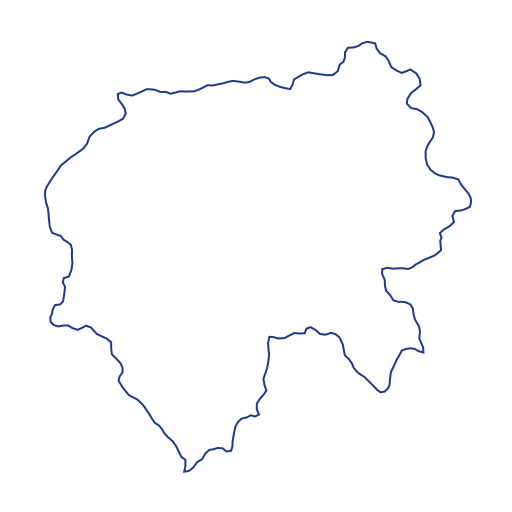 Itaobim, Minas Gerais, Brazil (Albers equal-area conic projection), rotated 92°
{"feature_id": "56859067B61081448342892", "entity_name": "Itaobim", "entity_type": "district", "adm_level": 2, "iso_a3": "BRA", "parent_name": "Brazil", "parent_adm1": "Minas Gerais", "projection": "albers", "projection_center": [-41.522, -16.578], "detail": "fine", "context": "isolated", "style": "outline", "palette": "blue", "viewbox_px": 512, "rotation_deg": 92, "n_neighbors": 0, "source": "geoboundaries", "source_scale": "gbopen_adm2", "svg_char_len": 3850}
<svg xmlns="http://www.w3.org/2000/svg" viewBox="0 0 512 512"><g transform="rotate(92 256 256)"><path d="M346.6,85.3L341.6,85.8L337.2,87.8L332.6,90.0L326.4,89.5L320.9,90.4L317.6,92.6L313.7,95.0L308.4,96.6L303.4,97.3L299.2,99.8L297.3,103.9L296.7,107.9L296.8,112.3L295.4,117.3L290.4,120.5L286.4,124.7L281.1,126.1L275.5,126.5L269.6,129.3L264.8,129.4L263.1,124.3L263.9,119.2L263.5,114.6L263.1,109.2L263.7,103.5L262.1,99.8L259.1,96.3L256.4,91.7L254.1,88.4L251.8,82.9L249.4,77.9L247.0,74.7L243.8,71.3L239.2,71.8L234.6,72.4L230.9,71.3L226.8,73.1L223.2,69.6L219.9,64.2L215.2,59.3L209.2,61.1L204.1,58.5L203.5,53.6L202.2,49.3L199.5,44.0L194.7,42.9L190.7,43.4L186.0,46.0L181.6,49.9L177.9,53.2L172.4,56.5L170.7,62.8L170.6,67.0L169.9,71.1L168.9,76.0L167.2,79.9L163.8,84.5L158.8,88.1L152.7,89.8L145.4,90.2L139.7,88.4L135.3,85.9L131.5,83.4L126.0,82.4L121.2,83.9L116.1,86.5L111.2,89.3L106.2,95.2L103.6,100.3L102.8,106.2L98.4,110.6L93.6,110.1L87.7,106.7L83.9,102.1L79.7,97.5L73.2,98.6L67.7,102.4L64.2,108.4L66.3,112.7L67.9,116.8L65.9,121.7L62.5,127.4L56.6,130.2L52.0,133.3L49.1,139.0L44.6,142.6L39.4,144.3L38.0,152.2L39.8,157.4L42.4,160.8L44.1,165.3L44.7,171.4L49.3,174.1L54.6,174.1L58.8,175.3L61.7,178.9L68.5,180.8L72.5,185.5L72.8,191.5L72.2,197.7L71.4,204.2L70.6,210.2L72.8,215.6L76.0,220.7L78.3,224.2L82.9,225.3L88.0,227.6L87.1,233.4L86.1,238.0L84.2,243.2L81.5,247.3L78.1,249.5L76.9,253.7L77.7,258.9L79.6,263.9L82.3,268.6L83.2,273.4L82.3,279.1L81.8,285.2L83.0,290.4L84.5,294.6L85.9,300.5L87.2,305.7L86.9,310.1L89.3,314.5L91.8,319.1L93.6,323.7L94.1,331.7L94.1,337.9L95.6,342.7L96.8,346.9L95.2,351.7L95.4,357.3L93.5,362.4L93.1,366.5L93.1,371.1L95.4,375.6L97.9,380.6L100.0,385.5L99.1,391.1L97.3,396.1L99.0,399.8L104.2,399.2L109.7,394.7L113.7,392.2L118.5,391.2L123.7,393.9L126.7,399.2L129.8,405.3L133.0,411.4L134.4,417.6L137.5,422.1L142.6,426.5L149.5,428.7L154.8,432.6L158.1,436.7L160.8,440.2L164.0,444.8L168.6,449.9L172.5,454.3L177.2,457.1L180.9,459.5L184.7,462.1L188.9,464.5L193.9,467.4L197.9,468.9L202.5,469.1L209.4,467.8L215.9,465.6L221.3,464.8L227.3,464.1L234.4,463.0L239.9,460.6L241.5,456.2L242.8,451.8L246.5,448.8L248.4,445.3L251.3,441.5L255.9,440.1L262.6,440.0L269.7,439.2L276.5,440.0L283.0,442.3L284.8,447.3L289.1,448.2L293.4,445.8L299.5,446.2L307.9,447.2L311.2,449.9L312.1,455.2L316.9,457.4L320.9,457.8L324.5,459.5L329.1,458.9L332.0,455.8L333.3,451.2L332.2,446.4L332.0,441.5L334.5,436.7L336.0,431.5L333.9,427.4L331.6,423.4L333.1,418.6L336.5,415.3L339.4,412.4L341.7,407.4L343.6,402.6L347.2,397.8L354.4,397.4L359.1,396.7L363.3,392.3L367.8,387.7L372.5,385.4L377.1,385.4L381.3,388.2L385.6,388.9L391.4,385.1L395.9,381.4L399.5,378.2L401.6,373.8L403.7,369.4L407.5,365.1L410.5,362.4L414.2,359.8L417.3,357.4L422.2,354.3L426.3,351.3L428.9,346.9L432.9,343.4L436.5,341.4L440.2,337.6L443.8,333.1L448.8,329.2L454.7,326.1L459.1,323.8L462.3,319.5L468.2,319.2L474.0,320.2L473.3,315.8L469.3,311.0L464.3,307.9L460.8,302.7L455.0,299.6L451.4,295.9L450.6,291.7L449.2,287.6L449.3,282.8L452.4,278.6L451.5,274.1L447.2,272.9L441.7,272.9L437.5,272.3L432.3,271.6L427.0,270.5L422.5,268.2L419.1,264.8L417.6,259.6L415.4,255.6L416.4,251.4L414.3,247.5L409.0,249.9L403.4,250.0L398.8,247.3L394.6,243.8L390.2,240.9L384.6,243.0L378.6,244.3L372.7,242.5L367.2,240.9L361.8,240.1L356.9,239.6L353.0,239.6L348.6,240.3L342.3,240.9L336.3,239.8L336.5,235.3L337.6,231.1L337.1,224.7L334.2,219.7L331.7,215.1L331.9,209.4L331.5,204.6L326.9,203.1L325.2,199.0L327.9,193.9L331.6,189.5L332.3,184.1L330.2,178.3L331.2,174.0L334.6,169.6L341.4,166.2L346.8,165.0L352.2,163.7L355.8,159.6L359.8,156.5L364.6,154.3L368.8,150.4L371.0,147.1L373.0,143.6L377.0,139.2L381.4,134.5L385.6,130.2L387.9,126.8L386.9,122.6L383.7,119.5L380.1,118.0L374.3,117.8L367.2,117.1L360.8,114.2L354.4,111.6L350.0,109.2L345.4,107.0L343.7,102.9L342.8,98.3L343.3,94.1L345.4,90.4L346.6,85.3Z" fill="none" stroke="#1e3a8a" stroke-width="2"/></g></svg>